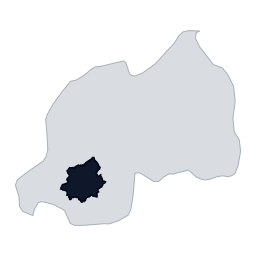 Nyamagabe, Southern, Rwanda (highlighted)
{"feature_id": "39286606B14277660644276", "entity_name": "Nyamagabe", "entity_type": "district", "adm_level": 2, "iso_a3": "RWA", "parent_name": "Rwanda", "parent_adm1": "Southern", "projection": "orthographic", "projection_center": [29.511, -2.4], "detail": "fine", "context": "in_parent", "style": "filled", "palette": "ink", "viewbox_px": 256, "rotation_deg": 0, "n_neighbors": 0, "source": "geoboundaries", "source_scale": "gbopen_adm2", "svg_char_len": 6193}
<svg xmlns="http://www.w3.org/2000/svg" viewBox="0 0 256 256"><path d="M95.6,66.8L99.3,66.7L123.4,60.9L125.8,62.7L129.6,73.9L131.7,75.6L135.0,76.0L141.8,73.4L154.2,64.7L159.6,59.3L166.0,51.9L174.1,43.5L178.6,36.1L183.1,31.8L188.9,30.6L195.3,30.9L199.8,31.0L196.1,32.8L195.4,38.2L199.6,46.8L213.4,64.6L222.2,67.8L227.9,74.8L233.6,86.4L235.2,101.0L232.9,118.5L234.2,131.6L239.3,140.1L240.6,151.2L238.2,164.9L235.3,173.0L231.8,175.7L227.9,176.7L222.6,175.8L216.1,176.9L209.0,179.5L204.6,179.9L201.8,179.4L196.6,177.2L188.4,170.1L173.1,174.0L168.9,173.9L163.3,177.3L158.7,181.4L155.9,181.7L153.1,181.1L139.9,172.8L135.0,173.1L133.0,196.4L130.8,209.4L128.1,215.2L118.6,220.7L109.1,223.9L103.9,223.7L83.0,225.4L74.8,225.4L70.3,223.5L64.4,210.3L53.3,204.4L42.6,201.7L38.3,202.4L34.4,209.4L32.9,215.6L22.5,211.3L19.4,206.1L19.1,197.2L15.4,185.0L17.4,179.9L21.5,176.5L30.1,170.1L43.1,161.2L45.9,156.9L47.8,149.9L46.9,133.4L45.7,119.5L47.2,114.6L53.2,103.9L61.2,92.9L70.5,81.3L76.1,80.1L83.5,75.7L91.3,69.2L95.6,66.8Z" fill="#d9dde1" stroke="#a8b0b8" stroke-width="1"/><path d="M97.8,164.0L97.5,163.6L97.6,163.3L97.2,163.1L96.9,163.2L96.7,163.1L96.7,162.9L96.5,162.7L96.3,162.6L96.3,162.3L96.1,162.3L96.3,162.2L96.0,162.1L95.8,161.8L96.0,161.5L95.4,161.3L95.6,161.2L95.5,160.8L95.3,160.8L94.9,160.2L94.6,160.0L94.6,159.8L94.4,159.6L94.3,159.4L94.1,159.2L94.2,158.9L93.9,158.8L93.9,158.5L94.0,158.1L93.7,158.1L93.6,157.5L93.3,157.5L93.0,157.6L92.8,157.5L92.6,157.9L92.4,157.9L92.3,158.0L92.5,158.3L92.4,158.5L92.2,158.4L92.2,158.7L92.4,158.8L92.1,158.8L92.0,158.7L91.8,158.9L91.7,158.7L91.4,159.1L91.1,159.2L90.9,159.4L90.6,159.5L90.4,159.9L90.4,160.0L90.2,160.0L90.1,160.3L89.7,160.2L89.6,160.6L89.4,160.4L89.2,160.5L89.0,160.8L89.2,161.2L88.9,161.1L88.9,160.9L88.7,161.1L88.7,161.6L88.2,161.4L88.2,161.5L88.1,161.3L87.9,161.6L87.7,161.6L87.1,161.9L86.9,162.2L87.0,162.3L86.7,162.0L86.4,162.1L86.3,162.4L85.9,162.8L86.0,162.9L85.9,163.1L85.6,163.3L85.4,163.2L85.0,163.8L84.6,163.9L84.5,164.2L84.2,164.3L84.3,164.4L84.1,164.8L84.2,165.0L84.0,165.5L83.8,165.4L83.6,165.7L83.4,165.5L82.7,165.5L82.4,165.0L82.1,165.2L81.9,165.2L81.7,165.5L81.5,165.4L81.4,165.5L81.2,165.4L81.3,165.7L80.9,165.7L80.5,166.0L80.4,165.7L79.7,165.7L79.0,165.3L78.8,165.1L78.2,165.0L77.9,165.7L77.6,165.8L77.3,165.8L76.8,166.3L76.4,166.0L76.2,166.1L75.9,166.4L75.9,166.6L75.7,166.8L75.4,166.9L75.5,167.1L75.3,167.2L75.0,167.6L74.9,167.7L74.9,167.8L74.7,167.9L74.5,168.1L74.6,168.3L74.4,168.4L74.0,168.5L74.1,168.2L73.8,167.8L73.9,167.6L73.6,167.6L73.0,167.6L72.6,167.9L72.3,167.6L71.9,167.9L70.0,167.7L69.8,167.9L69.6,167.8L69.6,168.1L69.2,168.4L69.0,168.5L68.3,169.4L67.8,170.4L67.3,170.5L67.0,170.9L67.0,171.0L67.5,171.4L67.6,171.9L67.6,172.1L67.8,172.4L67.7,172.8L67.8,173.1L68.5,173.9L68.9,174.0L68.9,174.5L69.5,175.0L69.6,175.3L69.5,175.6L69.5,176.0L69.0,176.3L68.9,176.5L68.9,176.9L68.7,177.3L68.1,177.6L68.2,178.0L67.8,178.6L67.4,178.4L67.3,178.5L67.1,178.8L67.2,179.0L66.8,179.7L66.8,179.8L67.1,180.0L67.3,180.5L67.6,180.5L67.8,180.6L67.8,180.9L67.9,181.0L67.8,181.3L68.0,181.6L67.8,182.1L67.6,182.4L67.6,182.9L67.3,183.4L66.7,183.3L66.3,183.4L66.1,183.7L65.8,183.8L65.5,183.6L65.1,183.6L64.6,184.3L63.6,184.3L62.5,184.5L62.4,184.8L62.4,185.2L62.2,185.3L62.0,185.8L61.7,186.1L61.6,186.9L61.2,187.2L61.0,187.7L60.9,187.9L61.3,188.2L61.2,188.5L60.8,189.0L61.3,189.1L62.2,189.6L62.3,189.5L62.5,189.8L62.6,189.7L62.8,189.9L63.5,189.8L63.8,190.2L64.7,190.4L64.8,190.2L65.5,190.2L65.7,190.6L65.9,190.8L66.4,191.1L66.7,191.4L66.9,191.4L67.2,191.8L67.2,192.2L67.3,192.5L67.1,192.9L67.4,193.0L67.4,193.9L67.2,194.1L66.9,194.9L66.8,195.2L67.0,195.3L67.6,195.1L67.9,195.3L68.3,195.4L68.6,195.2L69.1,195.5L69.2,195.8L69.0,196.3L68.9,196.4L68.9,197.0L68.7,197.2L68.7,197.4L68.9,197.5L69.7,197.4L70.0,197.6L69.7,198.1L70.0,198.3L69.6,199.1L69.8,199.5L70.2,199.6L70.3,199.4L71.0,199.2L71.5,198.8L71.6,198.5L71.6,198.4L71.6,198.0L71.8,197.8L71.8,197.1L72.3,197.0L73.0,197.0L73.2,197.3L73.7,197.5L74.0,197.3L74.9,196.9L75.8,197.0L76.1,197.4L76.8,197.5L77.3,197.2L78.4,197.7L78.6,198.8L78.8,198.7L79.0,198.9L79.0,199.6L79.3,199.8L79.6,199.5L79.9,200.0L80.7,200.1L80.7,200.3L80.8,200.9L80.7,201.1L81.0,201.6L81.6,202.1L82.0,202.2L82.5,202.0L82.6,201.5L82.5,201.1L82.7,200.8L82.9,200.8L83.0,200.7L83.2,200.9L83.5,200.7L83.8,200.7L84.0,200.8L84.0,200.7L84.0,200.9L84.1,201.1L84.3,200.7L84.7,200.6L84.9,200.4L85.0,200.4L85.2,200.6L85.5,200.3L85.5,200.1L85.4,200.0L85.3,199.9L85.1,199.5L84.8,199.1L85.3,198.7L85.5,198.7L86.1,198.7L86.2,198.0L86.5,197.7L86.9,197.5L86.9,197.3L87.6,197.2L88.1,197.0L88.4,196.7L88.9,196.7L89.0,196.8L89.2,196.3L89.3,196.1L89.6,196.0L89.8,196.1L90.0,196.1L90.0,195.9L90.3,195.9L90.5,195.7L90.6,195.3L90.5,195.1L90.8,194.7L91.5,194.6L91.5,195.1L92.4,195.5L92.6,195.9L93.5,196.3L94.5,196.1L94.9,196.4L95.4,196.3L95.6,196.6L96.9,197.0L97.0,196.7L97.0,196.2L97.1,195.3L97.2,195.1L97.1,194.8L96.7,194.6L96.5,194.1L96.4,194.0L96.3,193.7L96.5,193.4L96.8,193.5L96.8,193.2L97.0,192.8L97.3,192.8L97.3,192.7L97.6,192.5L98.4,191.9L98.6,191.9L98.6,191.6L98.2,191.2L97.8,190.5L97.8,190.3L98.0,189.8L97.9,189.7L97.9,189.2L97.7,188.9L97.6,188.6L97.8,188.3L98.3,188.0L98.8,188.4L99.4,188.5L99.6,188.4L99.8,187.8L100.0,187.6L100.7,187.4L101.5,187.0L101.6,186.8L101.8,186.8L102.0,186.1L102.9,184.8L102.9,184.0L103.5,183.4L104.2,183.1L104.6,183.1L104.8,182.8L105.1,182.4L105.4,182.3L105.6,181.9L104.8,181.5L104.7,181.5L104.3,181.2L103.3,181.1L102.8,180.9L102.8,180.6L102.2,179.6L102.3,179.1L102.2,178.6L101.7,178.5L101.6,178.0L101.7,177.7L101.5,177.4L101.5,177.2L101.2,177.1L101.0,176.5L100.7,176.1L100.6,175.2L100.8,175.0L100.8,174.7L100.4,174.8L99.8,175.4L99.6,175.7L99.4,176.0L98.9,176.4L98.4,176.6L98.1,176.6L98.1,176.2L97.7,175.9L97.7,175.4L97.5,175.2L97.4,175.2L97.3,174.9L97.1,174.7L96.7,174.2L96.3,174.0L96.4,173.3L96.4,172.7L96.2,172.5L96.2,172.4L96.2,172.1L96.6,172.1L96.9,172.1L97.0,172.1L97.2,171.2L97.2,170.9L97.8,170.7L98.0,170.4L97.9,170.3L98.2,170.0L98.3,170.0L98.6,169.6L99.5,169.1L100.1,167.4L99.9,167.1L99.7,167.1L99.4,167.1L99.2,166.8L99.2,166.5L98.9,166.5L98.9,166.3L98.7,166.2L98.6,165.9L98.6,165.6L98.5,165.4L98.4,165.1L98.3,164.4L98.1,164.1L97.8,164.0Z" fill="#0f172a" stroke="#020617" stroke-width="1.5"/></svg>